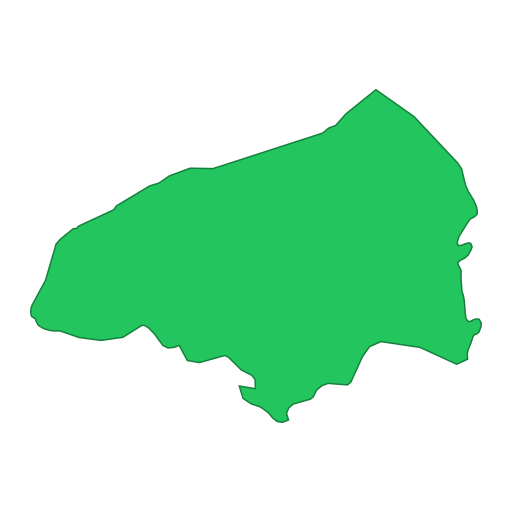 SVG path tracing the border of Seine-Maritime
{"feature_id": "FRA-5343", "entity_name": "Seine-Maritime", "entity_type": "Metropolitan department", "adm_level": 1, "iso_a3": "FRA", "parent_name": "France", "parent_adm1": "", "projection": "mercator", "projection_center": [1.134, 49.661], "detail": "fine", "context": "isolated", "style": "filled", "palette": "green", "viewbox_px": 512, "rotation_deg": 0, "n_neighbors": 0, "source": "natural_earth", "source_scale": "10m", "svg_char_len": 1637}
<svg xmlns="http://www.w3.org/2000/svg" viewBox="0 0 512 512"><path d="M141.8,325.4L122.9,337.3L101.0,340.4L79.0,337.5L60.0,330.9L54.5,330.9L49.9,330.5L43.7,328.6L38.4,325.4L36.2,321.4L35.4,318.9L31.6,316.4L30.7,312.9L31.0,308.4L31.9,305.5L45.5,280.3L56.1,244.1L60.1,239.4L73.4,228.6L76.3,228.6L79.0,225.9L113.7,209.8L116.4,205.9L149.7,185.9L158.9,183.1L169.4,175.9L190.1,168.2L213.0,168.6L322.5,133.1L329.0,127.9L335.5,125.6L346.0,113.8L375.9,89.7L414.0,116.6L457.7,163.0L461.6,168.9L465.5,185.1L468.2,191.3L473.7,200.3L476.2,206.2L477.0,209.1L477.3,213.7L475.1,216.3L470.3,219.0L468.0,222.0L458.9,236.7L457.3,241.9L457.7,245.2L460.1,245.6L462.7,244.9L465.5,243.7L468.3,242.9L470.6,243.2L472.1,246.7L470.9,250.2L467.9,255.3L464.9,257.9L459.5,260.8L457.7,263.2L458.5,265.5L459.9,267.8L461.1,270.7L461.0,278.6L461.9,291.0L463.2,295.2L464.2,300.1L465.3,314.1L466.1,318.7L468.0,321.3L469.7,321.5L471.5,320.9L473.8,319.6L476.6,318.9L479.2,319.3L481.3,323.2L480.9,326.9L479.2,331.8L477.0,333.8L475.3,334.5L474.4,334.6L473.8,335.3L472.8,337.2L471.0,342.8L468.4,349.0L467.2,353.9L467.6,359.2L456.7,364.2L420.0,347.4L381.0,341.6L369.7,346.5L362.6,356.3L350.9,382.0L347.5,384.9L328.2,383.4L322.1,385.5L316.8,389.9L313.1,397.0L310.5,399.1L293.3,404.0L288.8,407.9L286.5,413.3L288.5,420.0L282.6,422.3L277.5,421.6L272.9,418.2L268.2,412.5L260.4,407.0L251.0,403.8L243.0,398.3L239.3,386.0L255.4,388.7L255.1,379.5L251.8,375.3L241.3,370.0L228.4,357.2L224.7,355.5L199.4,362.6L187.3,360.5L179.2,345.4L174.5,347.3L168.2,348.0L163.0,345.6L154.3,333.7L149.1,328.4L145.8,326.0L144.1,325.4L141.8,325.4Z" fill="#22c55e" stroke="#15803d" stroke-width="1.5"/></svg>